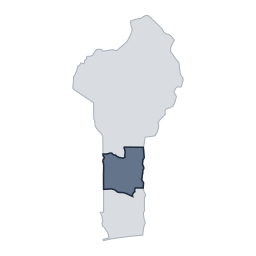 Benin, with Collines highlighted
{"feature_id": "BEN-2171", "entity_name": "Collines", "entity_type": "Department", "adm_level": 1, "iso_a3": "BEN", "parent_name": "Benin", "parent_adm1": "", "projection": "orthographic", "projection_center": [2.189, 8.101], "detail": "fine", "context": "in_parent", "style": "filled", "palette": "slate", "viewbox_px": 256, "rotation_deg": 0, "n_neighbors": 0, "source": "natural_earth", "source_scale": "10m", "svg_char_len": 3334}
<svg xmlns="http://www.w3.org/2000/svg" viewBox="0 0 256 256"><path d="M103.5,240.6L103.1,239.4L109.1,237.8L107.9,233.0L104.1,227.3L102.6,226.3L101.9,223.4L102.8,221.6L102.4,220.3L102.0,216.5L100.2,212.3L103.6,212.1L103.6,198.5L103.6,185.5L103.6,174.4L103.7,165.6L103.0,155.0L102.9,147.3L102.8,137.1L101.6,133.9L96.5,128.5L95.1,125.7L94.9,122.0L93.7,118.2L93.7,111.5L93.6,103.7L93.2,102.5L87.6,98.7L79.8,93.5L73.8,89.5L73.4,89.2L72.8,88.2L73.7,76.4L75.0,74.8L76.9,70.0L77.8,66.0L78.7,66.1L79.9,64.8L80.9,62.9L81.9,63.3L83.7,63.7L84.5,63.0L84.3,61.6L84.9,60.1L86.3,59.4L86.7,58.1L86.7,56.6L87.9,56.2L89.9,56.3L91.5,55.8L92.8,55.1L94.5,52.0L95.5,50.9L95.8,50.2L96.8,49.5L99.4,49.2L101.6,49.5L103.0,51.2L112.2,49.7L116.6,50.6L125.6,42.9L127.6,40.6L130.3,35.2L131.2,33.1L132.1,29.4L130.3,22.5L130.4,21.3L134.1,19.8L138.7,18.6L140.5,18.5L141.7,18.0L143.3,16.5L146.1,15.4L147.7,15.7L148.7,15.9L158.4,25.0L162.6,29.6L163.8,32.0L166.0,33.7L169.2,34.7L172.1,37.0L174.4,40.4L172.9,42.7L170.7,47.6L170.6,51.4L176.1,59.3L176.7,60.1L178.1,61.4L178.9,62.9L179.5,66.8L179.9,71.2L180.4,74.2L183.0,78.4L183.2,80.1L181.4,86.3L181.0,87.0L180.5,87.2L177.7,86.7L176.5,87.4L175.0,89.5L174.0,91.6L174.0,92.5L176.5,96.4L174.9,102.1L173.3,105.7L170.4,107.7L167.9,108.2L166.0,109.2L165.0,110.4L165.2,114.5L161.4,118.2L159.2,120.8L158.2,122.4L158.7,127.2L157.3,132.0L155.0,135.8L149.7,136.7L145.2,137.1L143.7,146.9L143.8,153.0L143.4,159.3L142.7,161.9L143.0,165.5L142.7,173.6L142.1,180.1L142.9,181.8L143.3,185.6L143.3,189.5L144.4,192.2L145.7,194.6L145.6,195.8L145.0,196.6L144.4,197.6L144.4,206.8L144.7,209.5L144.3,211.3L143.4,212.7L143.8,217.4L144.5,220.4L145.3,222.6L144.6,224.4L143.9,226.8L142.9,232.9L142.9,235.1L127.6,236.6L110.6,239.0L103.5,240.6Z" fill="#d9dde1" stroke="#a8b0b8" stroke-width="1"/><path d="M141.5,179.4L141.6,179.5L141.9,180.0L142.3,181.0L143.1,182.0L143.5,182.5L143.6,183.0L143.2,188.0L135.8,187.9L135.3,187.9L134.7,189.5L134.6,190.5L134.9,191.4L134.8,191.8L134.3,192.0L133.9,192.3L132.8,193.9L132.4,194.7L132.5,195.6L132.7,196.5L126.2,193.5L123.7,192.7L121.5,192.5L119.6,192.5L117.9,192.2L116.5,191.3L115.2,190.1L113.2,189.3L111.6,188.9L104.3,189.3L103.6,189.3L103.6,188.6L103.5,181.4L103.5,175.6L103.6,169.8L103.7,165.6L103.3,162.4L103.1,162.1L102.9,162.0L102.8,161.9L103.0,161.0L103.0,160.4L103.0,160.0L104.2,158.1L104.4,157.4L104.2,157.1L103.3,155.9L103.1,155.5L103.1,155.0L103.0,154.0L103.7,154.0L105.6,154.1L106.3,154.0L106.5,154.0L106.9,154.0L110.1,153.1L110.6,153.0L111.1,153.0L111.3,153.1L111.7,153.2L112.0,153.4L112.3,153.6L113.3,154.7L113.4,154.8L113.6,154.9L113.8,155.0L114.0,155.0L115.3,155.1L115.5,155.1L115.8,155.3L116.0,155.4L116.5,156.1L116.8,156.3L117.1,156.5L117.4,156.7L118.5,157.0L119.0,157.5L119.4,157.6L120.3,157.6L120.7,157.7L121.7,158.0L121.9,158.1L122.2,158.1L123.0,158.1L123.6,157.9L124.1,157.7L124.4,157.5L124.9,157.1L125.2,156.7L125.0,156.4L124.7,155.6L125.2,152.4L124.6,149.2L124.3,148.7L124.0,148.2L124.3,147.1L143.3,147.3L144.1,156.2L144.2,157.3L143.9,158.5L143.6,158.9L142.9,159.7L142.7,160.2L142.7,160.5L142.8,161.2L142.8,161.5L142.5,163.0L142.4,163.7L142.6,164.6L142.9,165.4L143.6,166.9L143.8,167.7L143.8,168.5L143.5,169.2L143.1,169.8L142.9,170.4L142.8,171.1L142.7,173.3L142.2,175.6L142.1,177.9L142.0,178.2L141.6,178.9L141.5,179.2L141.5,179.4Z" fill="#64748b" stroke="#1e293b" stroke-width="1.5"/></svg>